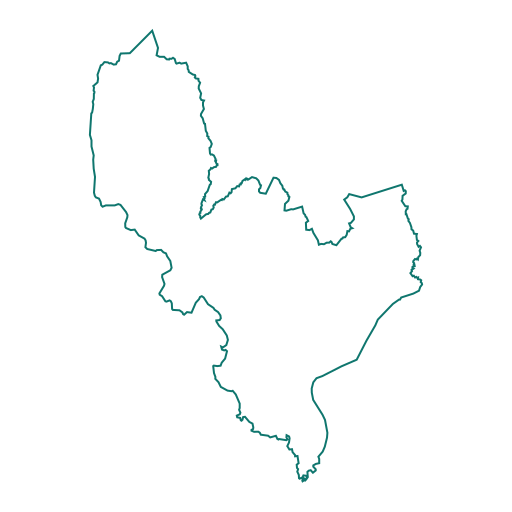 Builsa South, Upper East, Ghana (Equal Earth projection)
{"feature_id": "2480657B50810028950834", "entity_name": "Builsa South", "entity_type": "district", "adm_level": 2, "iso_a3": "GHA", "parent_name": "Ghana", "parent_adm1": "Upper East", "projection": "equal_earth", "projection_center": [-1.342, 10.53], "detail": "fine", "context": "isolated", "style": "outline", "palette": "teal", "viewbox_px": 512, "rotation_deg": 0, "n_neighbors": 0, "source": "geoboundaries", "source_scale": "gbopen_adm2", "svg_char_len": 6033}
<svg xmlns="http://www.w3.org/2000/svg" viewBox="0 0 512 512"><path d="M120.8,53.5L119.6,55.9L119.0,60.7L117.2,61.7L116.0,64.3L113.7,64.6L110.9,63.1L109.4,63.4L107.9,62.4L104.4,62.1L102.3,64.7L100.8,65.3L97.5,74.8L98.1,78.6L97.5,82.4L93.3,86.0L94.0,87.5L93.6,90.7L94.4,91.6L94.4,92.9L93.9,93.6L93.8,99.0L92.7,101.8L93.3,104.2L92.8,109.0L92.1,112.6L91.3,113.4L89.9,134.9L91.5,140.3L91.5,146.5L93.7,155.4L93.2,159.7L93.7,168.7L95.0,176.9L94.0,192.6L94.8,195.8L95.9,197.4L99.0,198.6L100.6,201.9L101.2,205.3L102.6,206.7L105.9,205.4L114.7,205.4L118.3,204.1L120.5,204.9L126.1,212.1L127.5,215.1L127.3,217.3L125.2,223.3L125.3,227.0L126.0,228.0L130.8,230.1L134.7,229.6L138.7,235.4L144.5,238.6L145.6,240.4L146.0,242.8L145.4,247.2L147.2,249.0L155.7,251.0L156.8,250.1L161.1,249.9L163.4,252.3L166.0,253.4L167.1,256.3L170.3,261.0L171.6,267.8L170.3,270.3L162.3,274.7L162.1,277.1L164.5,283.9L164.0,285.8L159.4,293.4L159.7,294.7L162.1,296.2L165.4,301.3L166.5,301.6L169.6,300.4L170.8,301.2L171.8,303.3L172.1,309.0L172.8,309.9L179.5,310.3L182.4,312.4L183.1,314.1L184.1,314.7L187.0,312.1L191.5,312.7L195.8,302.7L199.0,299.2L200.0,297.0L201.8,296.2L203.7,297.5L208.0,304.2L213.5,307.9L214.6,309.7L218.1,312.1L220.4,315.4L220.8,318.3L219.6,320.1L216.3,320.4L216.4,321.5L219.2,326.0L222.7,329.2L226.8,335.5L227.9,339.9L226.3,345.1L222.9,347.4L221.2,346.6L222.0,349.6L224.2,350.4L225.6,349.9L227.0,351.2L225.1,358.6L221.7,362.7L220.6,365.7L217.3,366.1L213.8,365.6L213.2,366.1L214.0,373.1L215.4,376.9L215.3,378.8L218.5,382.2L220.8,386.9L227.5,390.6L231.5,391.2L232.7,390.8L235.8,394.5L239.7,403.6L239.7,408.0L239.1,409.8L240.4,412.7L239.8,414.3L236.8,415.6L237.2,417.3L240.2,417.9L240.8,420.3L241.5,420.7L242.5,419.7L243.1,417.1L245.0,416.8L249.3,421.9L252.5,423.6L253.3,427.4L253.1,429.0L251.5,429.9L251.5,430.7L254.1,431.8L258.3,431.7L259.8,432.7L260.8,434.7L268.1,435.7L270.2,437.4L275.9,435.8L277.4,439.0L278.4,439.5L278.9,439.0L286.4,440.2L287.4,439.4L286.4,437.3L286.6,435.2L289.1,436.5L289.6,438.3L289.0,442.5L287.3,446.1L289.4,449.5L292.0,449.2L292.6,452.2L295.1,455.1L295.1,456.3L297.5,456.0L298.6,463.2L296.7,464.7L297.0,467.9L298.1,469.1L297.3,471.7L298.8,474.9L299.0,478.2L299.6,478.7L301.9,477.6L302.7,479.1L302.3,480.6L302.6,481.3L304.1,480.3L305.1,480.6L305.9,479.7L305.0,478.6L303.3,478.2L302.8,476.8L303.4,475.4L306.5,475.8L307.1,478.1L307.8,477.1L307.4,471.9L308.7,470.7L310.7,470.2L312.9,472.7L315.7,470.5L315.7,469.3L313.3,466.7L313.3,465.4L315.9,463.9L319.2,463.2L319.2,458.9L318.4,456.7L322.7,451.6L324.8,446.7L327.0,437.7L327.4,432.8L325.0,419.9L322.5,414.7L313.2,399.9L311.8,392.7L311.7,388.5L313.3,382.3L316.5,378.2L322.3,376.1L341.5,366.3L356.7,359.7L366.5,340.6L375.3,325.4L377.8,319.6L392.9,303.9L399.0,299.6L400.0,299.6L401.2,297.5L413.3,293.6L419.0,290.7L420.2,287.0L422.1,284.5L421.8,283.1L420.7,282.1L421.2,280.3L420.4,279.6L418.0,279.2L418.1,277.6L417.3,278.0L416.4,276.9L415.1,277.5L413.8,275.7L412.6,276.2L410.4,273.1L412.0,271.2L411.5,270.0L413.4,268.7L412.4,268.3L412.5,266.9L414.7,266.2L414.4,264.5L413.7,264.5L414.1,263.1L413.2,262.2L413.3,261.1L415.0,259.0L416.3,259.4L416.9,258.7L417.9,259.5L418.3,257.1L420.1,255.2L420.3,252.9L419.6,250.7L421.0,247.3L419.9,245.9L418.6,246.8L417.1,244.0L417.0,242.5L418.3,241.0L416.9,239.9L416.4,235.8L416.9,234.0L414.0,233.7L413.2,230.6L411.5,229.3L411.4,227.2L409.9,222.9L408.4,220.9L408.7,219.2L407.9,218.6L406.4,214.1L405.8,214.2L405.7,211.3L406.6,209.2L407.5,208.8L407.8,206.4L405.3,206.2L401.7,200.8L402.4,199.6L402.6,195.8L405.7,193.5L405.8,191.2L404.9,190.3L403.7,190.9L401.8,184.7L361.6,197.4L349.2,194.1L347.3,197.3L344.2,199.6L350.1,208.9L353.9,216.4L353.9,219.4L350.9,222.9L349.1,223.4L350.7,227.3L352.2,228.2L350.3,228.8L349.0,231.4L347.4,231.1L346.7,234.8L345.2,237.2L343.1,237.4L342.4,238.6L341.5,238.7L336.4,245.2L332.4,244.0L331.5,241.9L330.7,241.3L329.3,242.6L326.6,242.7L324.0,244.2L321.1,243.9L318.9,244.7L317.9,240.3L313.4,232.9L311.9,228.8L309.5,230.1L306.2,229.7L305.9,222.7L308.2,221.0L306.4,217.1L305.6,216.7L305.1,214.9L303.6,213.3L302.1,206.6L293.1,209.4L291.2,209.2L286.3,210.7L284.5,210.4L285.0,203.9L288.4,200.7L289.4,197.0L288.4,196.4L288.5,195.4L287.5,194.3L287.4,192.7L285.2,191.5L284.3,189.4L283.6,189.5L282.9,188.4L282.3,185.7L280.4,183.3L279.0,179.9L276.4,178.0L273.5,177.7L265.8,193.7L260.2,192.8L259.0,191.4L259.0,189.3L260.3,188.1L261.0,185.3L260.1,184.8L258.4,180.5L256.2,178.3L252.0,177.1L248.4,179.5L247.5,178.9L247.1,179.5L246.1,178.4L245.2,179.8L244.8,179.3L242.5,180.9L241.7,183.2L240.8,183.3L240.8,184.4L239.6,184.5L239.1,186.4L237.2,186.1L235.4,188.3L231.9,189.1L231.5,192.3L230.6,193.3L229.4,192.6L227.8,196.3L226.0,196.6L223.8,199.5L222.3,199.0L221.8,200.1L220.9,199.9L217.2,202.4L216.0,202.2L214.9,204.7L214.2,204.5L213.3,205.8L213.7,207.5L212.8,209.2L211.4,209.6L210.3,212.5L209.1,212.8L208.3,213.9L206.1,214.3L200.9,218.6L200.2,217.3L200.3,216.0L199.3,214.6L199.7,213.2L200.4,212.9L200.3,211.6L201.4,210.2L201.0,208.9L201.6,208.9L201.0,207.2L202.0,205.2L201.4,204.0L201.6,202.9L203.0,199.3L204.4,200.1L203.9,199.0L204.6,198.2L203.9,197.0L205.2,196.5L205.0,194.1L207.6,191.1L209.8,184.8L210.7,184.2L211.1,181.8L208.9,179.9L208.8,178.4L208.3,177.8L209.1,174.0L208.8,170.8L210.5,169.3L211.0,168.0L212.2,168.5L213.9,167.2L216.1,166.8L216.8,165.1L217.5,165.1L217.5,164.1L216.5,163.6L215.8,162.2L216.1,160.7L215.2,160.7L215.6,159.0L213.9,155.5L212.0,154.4L210.7,154.6L210.0,153.4L209.5,147.9L210.7,147.0L211.8,143.9L210.5,140.8L208.4,138.3L208.5,136.7L207.2,136.1L207.3,133.5L205.8,130.8L205.0,123.8L204.1,123.5L202.7,118.3L200.9,115.8L201.0,114.0L203.9,109.0L203.0,105.5L203.0,102.4L204.0,100.5L201.4,100.0L200.2,97.8L201.1,93.4L198.7,88.5L198.8,86.2L200.1,82.7L198.5,80.7L198.4,78.8L195.7,78.4L194.8,77.4L195.4,76.0L195.0,75.0L192.8,74.5L188.8,71.9L188.6,70.2L187.7,68.9L187.7,66.3L186.1,62.7L181.2,63.6L179.6,62.7L176.5,63.6L175.9,63.0L174.7,59.0L173.0,57.8L171.5,58.8L169.5,58.7L169.1,59.5L166.7,59.3L164.1,56.8L159.6,56.8L156.6,55.3L158.0,47.9L152.2,30.7L129.8,53.2L120.8,53.5Z" fill="none" stroke="#0f766e" stroke-width="2"/></svg>